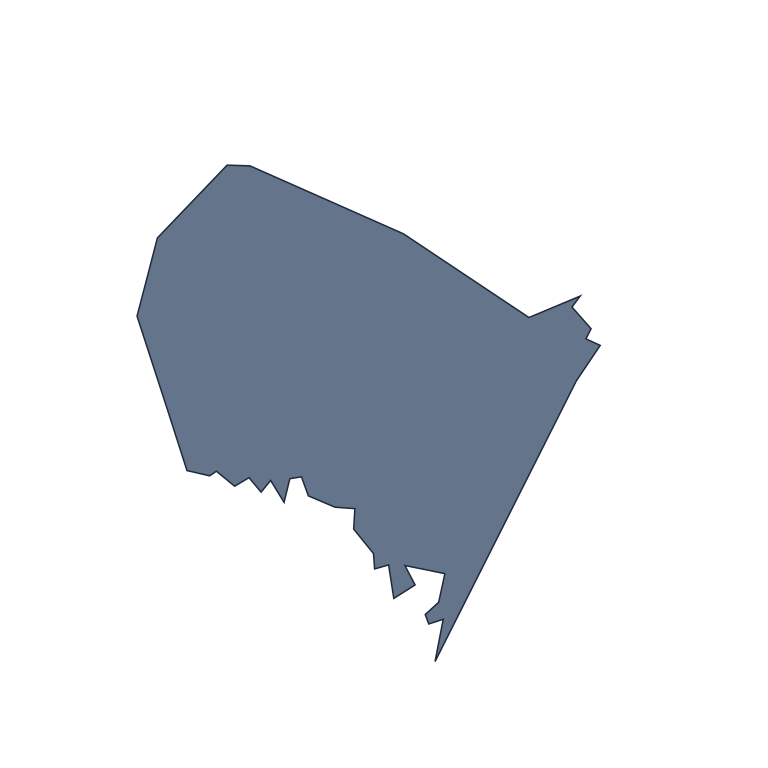 outline of Caldwell, Kentucky, United States of America, rotated 151°
{"feature_id": "52423323B23836541816495", "entity_name": "Caldwell", "entity_type": "district", "adm_level": 2, "iso_a3": "USA", "parent_name": "United States of America", "parent_adm1": "Kentucky", "projection": "robinson", "projection_center": [-87.834, 37.165], "detail": "fine", "context": "isolated", "style": "filled", "palette": "slate", "viewbox_px": 768, "rotation_deg": 151, "n_neighbors": 0, "source": "geoboundaries", "source_scale": "gbopen_adm2", "svg_char_len": 663}
<svg xmlns="http://www.w3.org/2000/svg" viewBox="0 0 768 768"><g transform="rotate(151 384 384)"><path d="M473.9,116.5L214.4,293.4L176.2,312.9L185.5,325.6L176.1,331.9L182.3,360.2L169.7,365.8L225.0,371.9L294.1,505.8L395.5,639.8L415.1,651.5L511.4,621.6L543.9,587.4L567.1,563.1L586.1,465.2L598.3,403.8L581.0,388.2L572.9,389.0L564.2,367.0L547.5,367.5L543.9,349.0L529.9,354.6L528.8,328.9L512.3,346.8L501.2,342.8L504.4,322.8L486.5,299.9L469.9,289.1L480.9,271.8L475.4,240.8L481.9,226.8L467.7,223.5L479.4,191.7L454.2,193.2L453.7,215.1L422.7,188.6L442.0,166.6L459.7,162.4L461.2,152.4L446.3,149.5L473.9,116.5Z" fill="#64748b" stroke="#1e293b" stroke-width="1.5"/></g></svg>